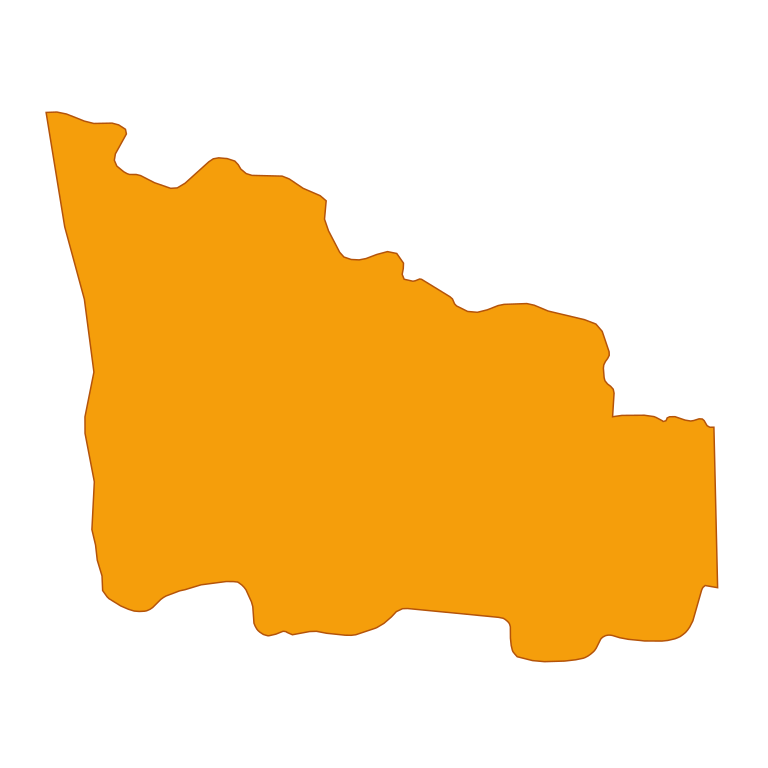 map outline of Borgou (Natural Earth projection), rotated 268°
{"feature_id": "BEN-2169", "entity_name": "Borgou", "entity_type": "Department", "adm_level": 1, "iso_a3": "BEN", "parent_name": "Benin", "parent_adm1": "", "projection": "natural_earth1", "projection_center": [2.675, 9.701], "detail": "fine", "context": "isolated", "style": "filled", "palette": "amber", "viewbox_px": 768, "rotation_deg": 268, "n_neighbors": 0, "source": "natural_earth", "source_scale": "10m", "svg_char_len": 2841}
<svg xmlns="http://www.w3.org/2000/svg" viewBox="0 0 768 768"><g transform="rotate(268 384 384)"><path d="M667.2,55.8L667.2,66.6L664.9,76.1L657.2,93.7L654.5,103.1L654.2,121.4L652.2,127.9L647.6,134.5L642.9,135.3L623.4,123.6L617.0,122.3L611.1,124.6L605.2,131.3L603.2,134.6L602.3,136.9L602.0,143.8L600.8,148.0L593.2,161.6L587.0,177.6L587.2,184.2L591.6,192.2L612.2,216.7L615.0,221.2L615.8,226.7L615.0,233.0L614.8,235.0L612.0,242.7L608.2,246.0L603.8,248.4L599.1,253.6L597.1,259.3L595.3,289.5L592.2,296.5L582.4,310.0L574.4,326.8L569.1,332.6L550.8,330.3L539.0,333.9L517.2,344.3L512.3,348.4L509.6,355.5L508.9,363.5L510.0,370.4L513.7,381.3L516.2,392.1L514.0,401.3L504.1,407.7L498.8,407.3L492.9,406.0L488.0,407.8L485.7,416.5L486.1,418.9L487.7,423.3L487.3,425.2L468.8,453.1L466.6,455.4L461.7,457.3L459.5,459.2L453.6,470.1L452.4,479.8L454.5,489.7L458.4,500.8L459.4,506.7L459.4,529.6L457.5,536.9L451.2,550.6L441.2,586.9L436.5,597.9L429.0,603.9L408.3,610.1L404.8,610.1L401.7,608.4L398.8,606.1L395.4,604.3L392.1,603.8L382.8,604.2L379.6,604.9L376.3,607.3L373.8,610.4L370.8,612.9L366.8,613.6L343.3,611.3L344.3,620.7L343.7,643.1L342.0,652.7L341.0,654.9L337.6,660.8L336.8,661.6L337.4,664.4L338.7,665.2L340.2,665.8L341.3,668.3L341.2,673.7L337.4,683.7L336.3,689.2L336.7,692.3L338.2,697.7L337.9,700.9L336.2,702.7L331.1,705.4L329.4,708.1L329.3,711.9L329.3,712.2L329.2,712.2L168.8,710.3L171.4,697.9L169.6,695.7L168.7,695.1L166.8,694.2L136.5,684.4L130.4,681.0L127.6,678.9L125.2,676.7L123.2,674.1L121.3,671.3L120.2,668.7L119.2,665.8L117.8,658.6L117.4,652.8L118.1,635.4L118.7,631.4L120.3,619.3L122.2,610.8L124.7,603.5L125.1,601.5L125.2,599.2L124.8,596.7L123.5,594.0L122.5,592.7L121.5,591.7L112.5,586.8L110.2,585.1L108.8,583.6L106.9,581.2L105.1,578.5L103.6,575.4L103.0,573.6L101.7,566.0L100.8,554.9L100.9,534.7L102.4,522.8L106.8,507.6L109.7,505.2L111.9,503.6L113.4,503.0L118.3,502.0L125.5,501.5L136.9,501.8L138.6,501.4L140.2,500.9L141.5,500.0L142.6,499.0L144.4,497.0L145.7,495.0L146.8,490.4L158.8,399.7L158.8,394.7L156.1,388.4L151.0,383.3L144.8,375.6L140.8,368.3L140.2,366.7L134.4,347.1L134.0,342.5L134.3,336.5L136.9,317.9L139.2,307.9L139.2,301.0L136.6,283.7L139.2,278.3L139.4,278.2L139.8,277.7L140.2,276.1L140.4,274.5L137.8,267.3L136.5,260.7L136.4,259.3L137.0,257.3L137.9,254.7L140.3,251.3L142.0,249.5L143.6,248.3L146.5,246.8L149.5,245.7L166.1,245.1L171.0,243.9L183.1,238.9L185.7,237.1L188.0,235.0L190.1,232.4L191.2,230.8L191.8,226.5L192.1,219.4L189.7,194.2L185.4,178.0L184.4,172.5L179.8,158.9L178.4,156.2L176.5,153.4L168.7,145.0L167.0,142.3L165.9,139.6L165.6,138.7L165.3,136.8L165.2,131.5L165.8,126.4L167.8,120.7L171.4,113.1L179.1,101.6L179.9,100.9L180.9,99.9L187.4,95.6L202.0,95.5L217.9,91.3L233.2,90.1L248.7,87.0L296.4,91.1L345.1,83.5L361.6,84.0L406.0,94.5L479.2,87.5L552.2,70.4L667.0,55.8L667.2,55.8Z" fill="#f59e0b" stroke="#b45309" stroke-width="1.5"/></g></svg>